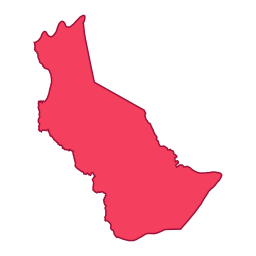 Cachoeira do Arari, Pará, Brazil (Natural Earth projection)
{"feature_id": "56859067B80263918367738", "entity_name": "Cachoeira do Arari", "entity_type": "district", "adm_level": 2, "iso_a3": "BRA", "parent_name": "Brazil", "parent_adm1": "Pará", "projection": "natural_earth1", "projection_center": [-48.919, -0.814], "detail": "fine", "context": "isolated", "style": "filled", "palette": "rose", "viewbox_px": 256, "rotation_deg": 0, "n_neighbors": 0, "source": "geoboundaries", "source_scale": "gbopen_adm2", "svg_char_len": 5340}
<svg xmlns="http://www.w3.org/2000/svg" viewBox="0 0 256 256"><path d="M214.3,186.0L215.1,185.2L216.6,183.1L217.2,182.3L219.0,180.6L220.0,179.0L221.0,177.3L221.3,176.4L221.7,175.6L221.6,174.6L220.6,173.4L218.6,172.7L217.9,172.7L215.9,172.2L214.7,172.1L213.8,172.1L212.9,172.1L210.8,172.2L209.7,172.7L208.6,172.6L206.7,172.7L205.7,173.0L204.7,173.0L203.9,173.0L203.0,173.0L201.5,173.1L200.7,173.1L199.7,173.0L199.0,172.8L198.0,172.6L196.3,172.0L194.8,171.2L193.9,170.7L193.1,170.4L192.2,169.6L191.3,169.1L190.7,168.3L189.9,167.7L188.2,166.8L187.1,166.4L186.2,166.5L185.3,166.7L184.4,167.0L183.6,166.8L183.0,165.8L182.1,165.0L180.3,164.9L178.6,165.6L177.9,166.3L176.7,167.2L175.8,165.5L176.1,164.6L176.8,163.9L177.6,163.8L178.2,163.1L178.3,162.2L178.0,161.3L177.5,160.8L176.4,161.0L175.7,161.8L175.1,161.1L174.9,159.9L174.9,158.5L175.1,157.4L176.1,157.4L176.8,156.9L176.6,156.0L175.8,155.2L174.7,154.5L173.9,154.0L173.6,153.0L173.5,152.1L173.2,151.2L172.1,150.8L171.1,150.2L170.4,149.5L169.6,149.5L168.8,150.0L167.8,149.9L167.4,148.6L166.8,147.8L165.9,147.3L165.1,146.7L164.0,146.1L163.2,146.0L162.1,146.4L160.6,146.3L159.8,145.7L159.2,144.7L158.7,143.4L158.5,142.1L158.2,141.2L156.7,139.8L156.3,138.9L156.8,138.1L156.9,137.1L155.8,135.5L155.0,134.8L154.6,133.5L154.1,132.8L153.6,131.9L153.5,130.8L153.2,130.1L152.7,129.4L152.4,128.6L151.9,127.7L151.4,126.5L151.0,125.8L150.7,125.0L150.6,124.2L149.7,123.3L149.0,123.3L148.3,122.8L147.8,122.1L147.5,121.3L147.1,120.6L146.4,120.0L145.9,119.2L145.3,116.9L144.9,116.1L145.1,114.9L145.6,113.8L145.4,112.7L145.0,112.0L144.5,111.1L144.3,110.3L96.3,83.4L94.3,82.3L91.3,68.0L85.5,39.7L84.4,33.3L83.4,24.1L83.2,22.8L84.0,21.6L84.4,20.4L84.8,18.5L84.9,16.5L84.5,15.7L83.7,15.4L82.8,15.6L81.9,16.0L80.0,17.2L79.2,18.1L76.6,20.7L73.5,24.1L71.6,25.7L70.7,26.5L69.9,26.9L68.9,27.1L68.1,27.1L67.0,26.9L66.1,26.4L65.6,25.6L65.2,24.7L65.1,23.9L64.6,23.2L64.0,22.3L63.2,21.6L62.3,21.3L61.3,21.5L59.9,22.7L59.1,23.7L58.2,25.7L57.9,26.8L57.4,27.9L56.8,30.2L56.0,32.1L54.6,34.0L53.9,34.8L53.5,35.5L51.4,36.7L50.7,36.8L49.7,36.5L48.4,35.6L47.5,34.6L46.5,32.8L45.8,31.8L44.5,31.4L43.8,31.8L43.2,32.4L41.6,35.0L41.1,36.9L39.5,39.3L38.2,40.7L35.3,42.4L34.3,42.4L35.0,44.3L34.7,45.2L35.2,46.0L35.0,47.0L34.8,47.8L35.0,48.7L34.6,49.5L35.2,50.5L35.7,51.1L36.4,51.4L36.9,52.0L37.1,53.1L37.8,53.7L38.0,54.6L37.9,55.4L38.1,56.7L38.2,57.8L38.8,58.9L39.3,59.7L39.4,60.8L39.6,61.6L40.1,62.6L41.0,63.2L41.8,63.6L42.5,64.6L43.3,65.4L42.9,66.2L43.9,66.9L44.2,67.8L44.9,68.2L45.9,68.6L47.1,68.8L48.1,69.4L49.1,70.3L49.7,71.7L50.1,72.6L50.7,74.0L51.0,75.1L51.1,76.0L51.6,79.6L51.6,80.7L51.5,83.0L51.0,84.4L50.9,85.7L50.5,86.9L50.2,87.9L49.8,89.5L49.4,91.3L48.9,93.7L47.6,97.5L46.4,99.6L45.5,100.6L44.8,101.6L43.9,101.6L43.1,100.9L42.6,101.7L42.2,102.5L41.8,101.6L41.0,101.0L40.8,102.2L40.0,101.9L39.2,101.2L38.5,101.6L39.0,102.6L38.3,103.5L38.7,105.2L38.6,106.2L38.2,107.3L38.6,108.5L38.7,109.5L39.2,110.2L39.5,111.0L39.4,112.0L39.7,113.1L39.2,113.9L39.1,115.1L39.7,115.8L39.7,116.9L39.1,117.9L38.3,120.0L38.3,120.8L38.6,122.6L39.2,123.2L39.7,124.4L39.3,125.3L38.7,126.3L39.2,128.1L38.9,128.9L38.6,129.7L39.3,130.1L39.8,131.1L40.8,131.2L41.4,131.7L41.7,130.8L42.4,130.3L43.3,130.1L45.0,130.2L45.8,130.5L46.7,130.5L47.4,129.7L48.5,129.5L48.6,130.3L48.4,131.3L49.0,132.0L50.2,135.6L51.0,136.3L51.8,136.1L52.3,136.8L52.6,137.7L53.3,138.2L53.7,139.1L54.6,140.3L55.3,140.5L55.9,141.1L56.6,142.1L57.4,142.7L58.1,143.1L58.1,144.1L58.9,144.4L59.6,145.3L60.3,145.0L61.8,145.4L62.2,146.1L62.2,147.0L63.0,147.4L62.7,148.3L64.2,148.6L64.4,149.5L65.2,149.5L66.3,149.7L67.1,150.0L67.8,149.9L68.8,149.6L68.9,150.6L69.7,150.5L70.7,149.8L71.3,150.4L71.8,150.9L73.4,151.2L72.9,152.7L73.2,153.5L73.3,154.7L74.0,156.5L74.1,157.8L74.4,159.0L74.7,159.7L74.9,160.8L75.1,162.0L75.5,162.9L75.5,163.7L75.3,164.8L75.2,166.1L76.3,167.5L76.9,168.1L77.8,168.9L78.6,169.2L79.3,170.0L80.1,170.4L80.7,170.9L81.8,171.7L82.6,171.7L83.3,172.2L83.7,172.8L83.8,173.9L84.6,174.0L85.4,174.0L86.1,174.3L86.6,173.5L87.3,173.1L88.0,173.5L88.3,174.4L89.1,174.7L89.8,175.1L90.5,175.3L91.0,174.4L91.3,173.2L92.1,172.7L92.8,172.7L93.2,173.7L93.7,174.4L94.3,175.0L94.5,175.8L95.3,176.3L94.7,177.0L93.7,177.3L93.3,178.4L92.8,178.9L92.4,179.7L92.9,180.6L93.6,182.4L93.6,183.7L93.4,184.8L93.4,185.6L93.1,186.4L93.2,187.6L93.0,189.2L93.1,190.0L95.3,192.0L96.9,192.8L98.2,192.0L99.1,192.3L100.4,192.2L101.0,191.7L101.8,192.0L102.5,191.8L103.6,192.5L104.3,193.2L105.3,193.2L106.0,195.0L105.3,195.9L105.3,197.2L104.5,197.7L104.2,199.3L103.6,199.9L103.7,200.9L104.3,201.5L104.0,202.8L104.7,203.8L104.9,204.9L106.0,205.7L105.8,206.8L105.2,207.4L105.2,208.9L106.1,210.7L105.8,212.0L105.9,213.6L105.7,215.8L104.8,217.4L105.3,218.3L105.2,219.2L104.9,220.0L105.6,220.9L106.9,220.5L107.9,221.2L109.8,223.0L111.2,225.1L110.9,226.1L110.7,227.9L111.4,229.6L112.9,230.3L113.7,231.4L113.9,232.6L114.3,234.2L115.8,236.4L116.9,237.4L117.9,237.1L119.1,237.5L122.8,239.0L129.0,240.6L133.4,240.6L136.5,239.4L139.1,237.9L141.4,236.7L145.5,234.1L147.2,233.5L151.1,233.5L154.7,233.6L156.7,233.1L160.3,231.7L163.7,230.1L164.6,229.7L166.9,229.4L180.7,229.1L183.1,226.2L185.8,223.2L188.7,219.8L195.2,211.9L198.6,207.1L200.9,204.2L203.6,199.3L206.2,195.4L206.8,194.3L207.6,193.3L208.1,192.2L208.6,191.4L209.9,190.1L210.4,189.4L213.2,187.2L214.3,186.0Z" fill="#f43f5e" stroke="#9f1239" stroke-width="1.5"/></svg>